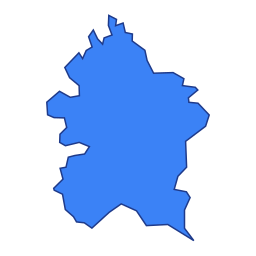 outline of Shurchi, Surkhandarya, Uzbekistan
{"feature_id": "79887680B75578252058464", "entity_name": "Shurchi", "entity_type": "district", "adm_level": 2, "iso_a3": "UZB", "parent_name": "Uzbekistan", "parent_adm1": "Surkhandarya", "projection": "robinson", "projection_center": [67.865, 37.956], "detail": "fine", "context": "isolated", "style": "filled", "palette": "blue", "viewbox_px": 256, "rotation_deg": 0, "n_neighbors": 0, "source": "geoboundaries", "source_scale": "gbopen_adm2", "svg_char_len": 973}
<svg xmlns="http://www.w3.org/2000/svg" viewBox="0 0 256 256"><path d="M123.1,23.0L115.6,25.7L116.5,19.4L108.8,15.4L108.4,25.4L112.0,35.0L104.1,37.9L102.6,44.2L97.6,38.9L93.3,30.0L88.6,36.7L92.1,47.0L86.2,50.5L82.6,58.6L78.9,52.8L64.8,67.5L69.6,77.7L79.1,85.6L79.4,95.7L70.3,97.3L59.5,91.3L46.8,102.2L47.6,114.8L54.0,117.6L64.4,117.9L66.7,127.5L60.0,134.2L59.7,142.4L65.4,145.7L79.2,142.4L89.4,146.6L84.6,154.0L74.8,155.5L68.3,157.2L66.0,167.2L60.1,168.3L63.0,179.1L53.7,188.3L54.2,190.2L62.5,194.2L65.3,209.5L73.5,216.7L76.5,221.9L84.3,222.8L91.9,228.1L109.2,212.3L121.2,203.9L136.5,210.8L146.4,225.6L167.8,224.5L193.8,240.6L184.5,228.3L184.5,210.0L190.1,197.6L186.4,191.8L174.2,189.4L177.9,176.3L186.6,167.2L185.6,141.3L205.6,126.2L209.2,115.0L198.0,103.2L188.9,102.3L188.4,97.8L197.8,90.0L195.3,87.3L182.4,85.6L183.9,78.7L173.1,72.6L153.6,73.2L147.1,60.5L144.9,50.3L132.2,41.0L132.4,34.0L125.3,32.5L123.1,23.0Z" fill="#3b82f6" stroke="#1e3a8a" stroke-width="1.5"/></svg>